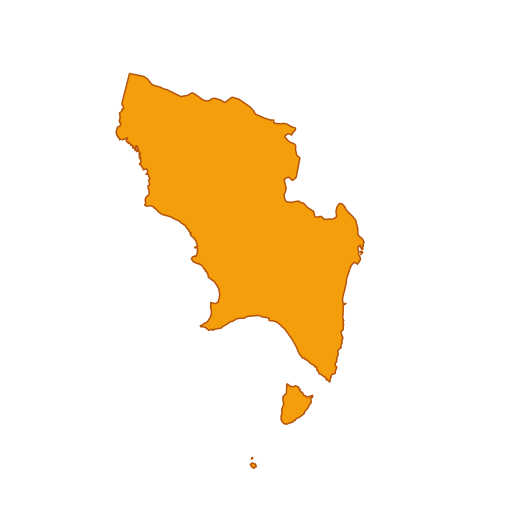 Pedernales, Pedernales, Dominican Republic, rotated 347°
{"feature_id": "3306468B80072272336201", "entity_name": "Pedernales", "entity_type": "district", "adm_level": 2, "iso_a3": "DOM", "parent_name": "Dominican Republic", "parent_adm1": "Pedernales", "projection": "natural_earth1", "projection_center": [-71.521, 17.882], "detail": "fine", "context": "isolated", "style": "filled", "palette": "amber", "viewbox_px": 512, "rotation_deg": 347, "n_neighbors": 0, "source": "geoboundaries", "source_scale": "gbopen_adm2", "svg_char_len": 6133}
<svg xmlns="http://www.w3.org/2000/svg" viewBox="0 0 512 512"><g transform="rotate(347 256 256)"><path d="M317.9,146.1L320.3,143.6L322.7,142.0L323.2,141.0L322.9,140.0L319.5,138.0L316.3,134.8L313.5,133.2L308.7,132.5L304.6,131.1L303.4,129.4L303.7,127.5L300.8,126.8L295.8,123.9L287.7,117.9L287.1,116.9L286.4,114.1L283.6,109.2L274.5,99.3L268.5,95.9L260.3,99.3L259.3,98.8L256.7,96.1L251.1,92.9L248.4,92.9L245.1,94.1L242.7,93.9L239.4,91.9L232.4,84.0L230.9,82.9L229.1,82.9L225.9,84.1L218.7,83.8L207.4,74.5L203.4,72.2L200.9,70.1L194.0,66.2L192.5,64.3L190.3,59.4L187.3,56.0L178.1,51.6L175.9,50.9L174.5,49.8L173.6,50.1L160.0,76.5L159.5,78.1L159.6,78.8L160.4,79.6L160.1,82.5L158.4,82.9L157.6,84.9L155.2,85.8L154.9,89.5L154.1,92.3L153.2,93.2L153.6,94.6L153.2,95.2L154.1,96.0L154.1,96.9L152.4,98.9L150.1,99.3L147.6,103.6L147.6,107.3L148.1,107.7L148.1,109.2L149.3,110.0L149.3,111.9L150.1,111.6L151.8,112.6L152.8,112.7L156.9,111.9L156.9,113.3L155.6,113.9L155.6,115.2L156.4,116.6L157.6,116.6L157.3,117.6L158.9,118.5L158.9,119.9L159.3,120.3L160.1,119.9L160.4,120.3L160.9,121.7L160.4,122.2L160.1,123.6L160.4,122.6L161.6,122.6L162.1,123.6L161.6,124.2L162.1,125.6L163.6,123.2L163.6,122.2L164.1,121.7L164.9,122.2L165.3,125.9L164.1,125.5L164.1,126.3L163.6,126.3L163.3,127.3L165.3,127.3L165.6,129.2L166.4,129.6L166.4,130.6L164.9,130.6L165.6,133.3L164.4,133.3L164.4,133.9L164.9,133.9L165.6,135.3L164.9,135.7L165.3,136.6L165.0,138.6L164.5,139.6L163.6,139.6L163.3,140.4L163.6,140.4L165.3,144.2L165.6,146.6L167.3,146.6L168.5,146.0L169.6,148.3L169.6,149.3L167.6,151.6L169.0,151.6L169.3,152.0L169.3,154.4L170.1,155.9L170.1,156.7L168.5,157.7L168.5,162.0L167.6,163.3L166.5,163.3L166.2,165.7L166.5,169.0L165.7,171.7L165.0,172.7L164.2,172.7L162.5,173.7L161.0,175.4L160.5,177.0L160.5,179.7L159.4,180.7L159.1,181.6L161.0,182.9L163.4,183.0L166.0,184.1L167.6,185.7L167.9,186.6L168.7,186.9L170.0,189.7L172.9,193.6L175.3,195.3L176.8,195.7L177.9,196.8L178.8,196.8L181.5,198.7L182.2,198.7L183.6,200.5L189.3,204.9L189.9,206.1L193.8,210.4L194.9,213.5L196.3,215.7L196.2,216.7L196.7,217.3L197.1,219.3L197.8,219.2L197.5,219.9L196.9,220.2L197.2,221.0L198.0,222.8L199.2,223.9L199.3,224.8L200.0,225.2L200.1,226.3L200.9,227.5L201.2,232.7L200.8,232.8L200.6,234.0L200.7,236.3L200.1,237.0L199.9,238.8L198.5,241.6L197.3,242.9L196.8,242.9L196.5,242.2L193.9,242.6L192.4,244.3L192.4,244.8L193.3,245.9L193.6,247.6L194.7,248.0L196.2,249.7L198.0,250.4L198.5,251.1L199.1,250.9L201.1,253.2L202.6,256.9L203.1,257.2L203.5,259.6L204.0,259.6L204.8,262.1L205.1,264.7L204.7,265.8L210.0,272.2L212.3,279.0L212.1,285.6L211.2,287.1L211.0,288.5L209.1,291.2L209.0,292.3L205.7,293.2L201.4,291.3L200.7,294.8L200.2,295.5L200.3,298.7L199.4,302.6L197.3,306.0L193.5,309.4L190.3,310.1L187.9,311.3L186.2,311.3L186.2,312.4L190.2,313.7L193.4,317.9L196.6,317.5L197.5,318.7L198.7,318.0L205.8,318.4L207.9,317.2L213.3,315.6L216.2,314.3L218.9,314.3L222.9,312.9L226.1,312.9L228.9,313.7L231.6,313.7L234.0,312.9L235.5,312.9L237.4,313.6L238.9,313.3L241.4,314.1L242.5,313.8L243.7,314.4L245.2,314.4L247.6,316.2L251.6,318.1L252.4,318.1L254.8,320.0L254.2,321.4L254.4,321.9L258.7,323.3L262.2,325.8L267.6,333.6L272.6,345.7L274.5,352.2L276.2,361.1L278.3,365.6L279.3,366.4L279.8,366.3L280.4,367.4L281.1,367.4L282.0,369.1L283.1,369.8L284.8,372.7L288.1,375.8L288.4,377.2L290.1,378.0L289.7,380.9L290.4,381.5L291.2,385.2L292.2,385.5L295.3,389.1L296.4,389.7L296.3,390.7L297.0,391.3L296.7,392.5L297.6,392.6L299.4,395.2L299.8,395.1L300.6,392.6L302.0,390.8L302.1,390.0L303.5,388.3L306.6,388.3L307.8,385.2L309.0,384.0L309.3,382.6L309.7,382.4L308.6,380.6L308.8,379.0L310.8,376.9L311.9,373.3L314.0,370.5L314.2,366.9L316.3,365.2L318.0,364.8L319.1,361.4L320.5,359.8L320.4,357.1L321.6,356.8L321.8,355.4L322.3,355.0L321.7,352.4L321.9,348.9L324.4,347.4L325.5,343.1L326.1,342.5L325.7,341.3L326.1,339.9L326.9,338.9L326.5,338.2L326.9,337.4L326.5,336.4L326.8,334.6L327.7,332.6L329.8,323.9L330.2,323.2L331.1,323.3L332.7,322.6L332.3,322.2L330.7,322.7L330.3,322.2L330.2,320.1L330.9,316.5L337.7,303.0L339.3,298.1L343.6,291.4L344.4,289.8L346.9,286.4L349.8,284.5L350.7,284.3L352.9,286.7L353.6,285.7L354.4,285.7L357.0,282.9L357.1,280.4L356.5,278.5L356.5,276.4L357.1,275.4L356.9,272.2L357.6,269.9L359.9,268.9L360.2,270.0L359.6,270.7L360.4,271.7L360.2,272.6L360.5,273.3L361.6,273.2L361.9,272.9L361.8,271.5L362.8,270.6L363.0,268.9L364.4,266.8L363.4,263.0L360.9,259.7L360.2,258.1L360.3,256.5L361.3,252.8L361.1,243.5L359.7,240.3L355.3,233.3L354.0,230.4L353.4,227.6L351.8,224.9L349.9,223.7L348.8,223.8L346.1,226.3L344.0,230.4L343.5,235.2L342.8,236.1L338.9,237.5L335.7,236.4L331.5,235.9L330.3,235.0L329.0,232.7L328.1,232.0L323.9,231.8L322.6,231.3L322.2,230.5L322.2,226.3L321.8,225.1L316.8,220.0L314.2,215.2L312.0,214.2L309.7,212.0L302.4,211.7L298.3,210.1L297.2,208.8L296.8,206.2L297.1,202.4L299.2,199.9L300.6,196.9L300.7,187.8L303.6,186.6L305.4,186.6L306.5,187.5L307.7,189.8L308.9,190.5L312.2,188.9L313.1,187.8L320.6,170.9L320.6,169.7L318.8,167.8L318.4,166.3L318.4,161.2L319.4,157.9L319.3,156.6L318.1,155.0L315.2,153.2L313.2,151.0L311.0,146.6L311.6,145.4L314.3,144.1L316.0,144.5L317.9,146.1ZM257.8,387.7L257.1,388.0L254.8,396.5L254.0,397.3L253.5,397.3L250.5,399.4L250.4,401.1L249.9,401.6L249.7,406.4L246.5,411.4L246.0,414.7L244.5,417.6L243.8,420.2L243.8,422.4L245.4,425.4L247.3,426.6L249.2,426.7L250.3,426.1L252.4,426.4L252.9,426.0L254.6,425.9L256.1,424.9L257.2,424.9L258.7,423.6L262.1,422.9L267.4,420.4L268.7,418.3L271.1,416.8L273.1,415.0L274.5,412.9L276.6,411.5L277.1,410.1L277.1,408.0L278.1,406.5L279.1,406.5L279.7,405.1L279.7,404.6L278.5,404.6L277.7,405.3L277.1,405.3L276.7,404.7L273.8,405.1L272.4,402.9L271.5,402.8L270.9,401.9L270.6,399.3L269.6,399.1L268.9,397.8L268.9,395.8L268.2,395.8L268.0,393.4L265.4,391.3L263.3,391.8L260.3,390.9L257.8,387.7ZM206.2,456.9L203.7,457.7L204.2,460.2L205.2,461.1L205.4,462.0L206.9,462.2L207.8,461.3L208.9,461.3L208.6,458.6L206.7,457.7L206.2,456.9ZM359.7,275.0L358.7,275.3L359.3,276.5L358.8,277.7L360.6,276.7L360.6,275.6L359.7,275.0ZM200.1,233.7L198.3,233.7L198.5,234.4L199.8,234.5L200.2,234.1L200.1,233.7ZM206.9,451.5L206.5,451.5L206.2,452.7L207.3,452.4L206.9,451.5Z" fill="#f59e0b" stroke="#b45309" stroke-width="1.5"/></g></svg>